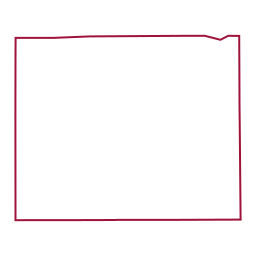 Oktibbeha, Mississippi, United States of America (Natural Earth projection)
{"feature_id": "52423323B5327957773533", "entity_name": "Oktibbeha", "entity_type": "district", "adm_level": 2, "iso_a3": "USA", "parent_name": "United States of America", "parent_adm1": "Mississippi", "projection": "natural_earth1", "projection_center": [-88.888, 33.426], "detail": "fine", "context": "isolated", "style": "outline", "palette": "rose", "viewbox_px": 256, "rotation_deg": 0, "n_neighbors": 0, "source": "geoboundaries", "source_scale": "gbopen_adm2", "svg_char_len": 379}
<svg xmlns="http://www.w3.org/2000/svg" viewBox="0 0 256 256"><path d="M15.5,57.0L15.5,57.4L15.4,114.7L15.5,220.2L39.5,220.1L81.2,220.1L115.8,220.0L116.5,219.9L163.3,219.9L240.6,219.6L239.9,142.2L239.5,103.5L239.4,74.8L239.2,35.9L228.2,35.8L220.4,39.8L204.9,35.8L186.1,35.8L89.9,36.4L53.0,37.9L43.8,37.9L15.6,37.9L15.5,57.0Z" fill="none" stroke="#9f1239" stroke-width="2"/></svg>